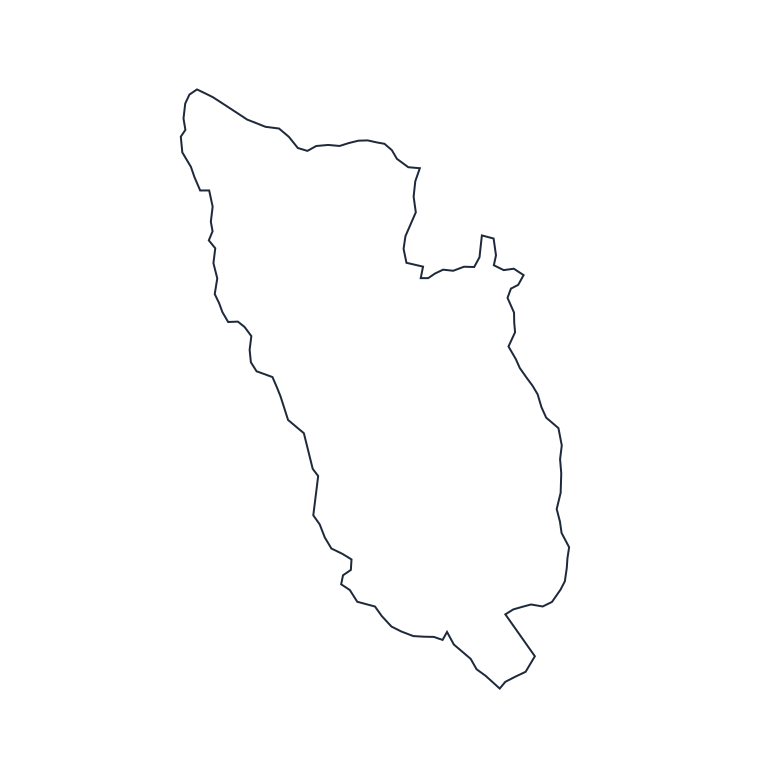 outline of Cerro Branco, Rio Grande do Sul, Brazil, rotated 172°
{"feature_id": "56859067B12660061396762", "entity_name": "Cerro Branco", "entity_type": "district", "adm_level": 2, "iso_a3": "BRA", "parent_name": "Brazil", "parent_adm1": "Rio Grande do Sul", "projection": "equal_earth", "projection_center": [-52.997, -29.627], "detail": "fine", "context": "isolated", "style": "outline", "palette": "slate", "viewbox_px": 768, "rotation_deg": 172, "n_neighbors": 0, "source": "geoboundaries", "source_scale": "gbopen_adm2", "svg_char_len": 1850}
<svg xmlns="http://www.w3.org/2000/svg" viewBox="0 0 768 768"><g transform="rotate(172 384 384)"><path d="M223.4,196.6L228.9,211.8L228.9,223.1L230.4,236.1L224.2,251.7L220.9,270.9L220.1,285.1L216.5,298.4L217.4,316.0L228.1,328.1L231.3,339.1L233.3,352.4L237.2,361.7L241.5,369.6L247.3,380.9L250.0,390.3L255.5,403.8L247.0,417.0L246.5,426.7L245.3,436.6L249.7,452.1L245.0,460.8L237.3,463.5L230.6,472.4L239.4,480.1L249.6,480.1L258.7,486.3L255.2,495.8L255.2,512.8L266.4,517.5L271.8,496.2L278.4,487.3L288.5,489.0L299.7,486.5L309.6,489.0L318.1,486.3L325.5,482.7L332.9,483.7L329.0,494.8L344.9,500.9L345.8,515.1L342.2,527.4L328.6,549.6L328.6,565.4L324.8,580.4L318.5,592.7L329.8,595.3L339.9,605.2L343.7,614.5L350.1,621.8L357.1,624.1L366.3,627.5L375.4,628.5L385.4,627.5L394.8,625.9L406.0,628.5L418.0,629.1L427.4,625.5L436.5,629.7L443.8,642.0L452.4,651.6L465.6,655.2L482.7,664.9L505.3,684.7L513.5,691.8L520.5,696.6L528.2,701.7L536.4,697.7L541.8,689.4L545.6,674.8L545.3,663.3L550.8,657.2L551.5,641.4L545.0,625.9L542.9,615.2L539.1,601.2L530.2,600.0L529.0,583.4L532.9,568.8L532.5,559.1L537.5,550.6L532.2,541.9L536.1,527.4L534.4,511.8L539.1,496.6L536.0,486.9L534.0,477.6L529.7,467.1L520.0,466.1L514.1,459.8L508.7,449.9L512.3,436.6L512.8,424.0L508.4,414.3L493.5,406.4L490.5,395.5L488.2,386.2L484.0,361.7L470.2,346.4L466.4,309.9L462.0,302.0L472.3,263.8L467.2,253.9L464.0,240.3L459.0,228.4L449.0,221.7L440.6,214.8L442.7,204.5L451.2,200.3L454.3,191.6L446.5,184.7L440.8,172.1L423.9,164.9L418.5,154.5L410.4,142.8L401.3,136.5L390.1,130.3L379.6,128.2L369.8,126.6L361.6,122.4L356.1,129.7L351.1,116.3L336.4,99.7L332.0,88.6L324.0,80.9L311.8,66.3L305.3,72.2L295.0,75.8L283.8,79.3L272.5,93.4L295.9,139.0L287.3,142.8L277.3,144.2L269.1,145.2L257.8,141.6L248.0,144.8L237.8,155.8L232.4,163.4L228.6,176.4L226.6,185.9L223.4,196.6Z" fill="none" stroke="#1e293b" stroke-width="2"/></g></svg>